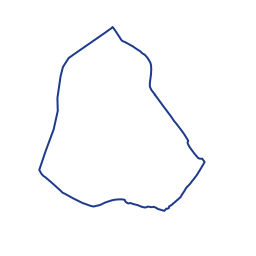 the district of Rajuzah, Al Jawf, Yemen, rotated 203°
{"feature_id": "15242507B9382148202065", "entity_name": "Rajuzah", "entity_type": "district", "adm_level": 2, "iso_a3": "YEM", "parent_name": "Yemen", "parent_adm1": "Al Jawf", "projection": "mercator", "projection_center": [44.482, 16.62], "detail": "fine", "context": "isolated", "style": "outline", "palette": "blue", "viewbox_px": 256, "rotation_deg": 203, "n_neighbors": 0, "source": "geoboundaries", "source_scale": "gbopen_adm2", "svg_char_len": 2511}
<svg xmlns="http://www.w3.org/2000/svg" viewBox="0 0 256 256"><g transform="rotate(203 128 128)"><path d="M181.7,214.8L181.7,214.7L182.0,214.0L182.2,213.5L186.6,206.3L206.9,174.2L209.0,170.7L209.9,169.3L210.2,167.6L211.2,161.9L211.7,158.9L211.6,158.2L211.6,157.9L210.3,149.5L210.2,149.0L207.4,138.3L205.3,130.4L204.9,128.8L204.6,127.8L200.9,119.7L199.4,116.5L198.7,113.0L197.9,108.5L195.9,97.8L194.8,74.8L194.5,70.1L194.1,65.6L193.3,54.8L190.1,52.2L187.4,50.9L187.1,50.8L184.6,50.3L175.4,47.4L171.4,46.0L165.7,44.0L162.9,42.9L160.5,42.8L150.9,41.8L140.4,41.2L137.7,41.4L132.2,41.7L130.4,42.0L129.2,42.2L128.2,42.8L126.4,44.3L125.7,44.7L125.1,45.0L122.6,47.3L120.1,50.3L117.6,52.5L114.6,55.1L112.3,56.7L109.6,58.2L106.6,59.6L104.2,60.4L102.9,60.5L101.5,59.2L101.0,59.1L100.2,58.8L98.5,58.7L98.0,58.9L97.6,59.1L96.4,59.9L93.1,60.1L91.4,60.4L89.0,60.8L86.7,60.8L86.3,60.8L85.8,60.8L85.1,60.8L84.1,60.9L82.4,61.2L82.0,61.3L80.9,61.6L79.9,62.5L79.0,63.4L78.1,63.7L76.4,64.0L75.7,64.2L75.1,64.5L74.6,64.7L74.2,65.0L73.8,65.4L73.4,65.5L70.3,65.5L69.2,65.1L67.7,65.3L64.2,65.7L63.8,65.7L62.2,66.0L61.2,68.7L60.4,68.9L60.2,69.1L59.8,69.5L59.5,69.9L59.4,70.2L59.3,70.5L59.2,70.5L59.2,70.9L59.5,71.9L57.8,74.2L57.8,74.3L57.6,74.6L57.4,75.1L56.9,76.1L53.4,83.2L53.0,84.0L52.7,84.6L52.5,86.2L51.8,90.4L51.6,91.2L51.6,91.3L51.0,95.5L50.9,95.8L50.7,96.9L50.3,97.5L50.0,98.3L49.4,99.9L48.9,101.4L48.5,102.9L48.2,104.4L47.7,105.9L47.6,106.2L47.3,107.5L46.9,109.1L46.5,110.5L46.3,111.5L46.2,112.1L45.9,113.5L45.8,115.0L45.5,116.4L44.3,125.5L44.3,126.7L45.1,127.2L47.7,128.7L50.1,127.8L51.8,127.8L57.1,130.5L59.1,131.7L63.4,134.2L66.4,136.5L67.5,137.9L67.6,139.7L68.6,140.5L72.9,143.6L75.7,145.4L78.6,147.1L85.4,151.0L88.4,152.5L92.7,155.3L94.4,156.3L103.4,161.5L113.0,167.2L114.5,168.1L116.0,168.9L116.2,169.0L116.2,169.3L116.3,169.3L121.1,172.0L122.3,173.0L123.1,173.7L123.9,174.5L124.5,175.5L124.8,176.4L125.2,177.3L125.5,178.3L125.8,179.3L126.2,180.3L126.2,180.5L126.6,182.2L127.2,184.1L127.7,186.0L128.4,188.1L129.0,189.6L129.3,190.6L129.6,191.3L130.4,192.8L131.1,194.4L131.9,195.5L132.5,196.3L133.2,197.1L134.1,197.7L134.9,198.4L135.7,198.9L136.5,199.5L137.7,200.3L138.9,200.9L140.6,201.7L141.9,202.1L142.8,202.1L144.2,202.4L145.2,202.8L146.4,203.3L152.0,204.3L156.5,205.2L157.6,205.2L160.9,205.6L163.9,205.9L166.7,205.9L167.5,206.0L168.2,206.3L169.0,206.7L170.2,207.6L172.0,208.8L174.1,210.2L176.5,211.8L178.7,213.2L180.8,214.5L181.5,214.7L181.6,214.8L181.7,214.8Z" fill="none" stroke="#1e3a8a" stroke-width="2"/></g></svg>